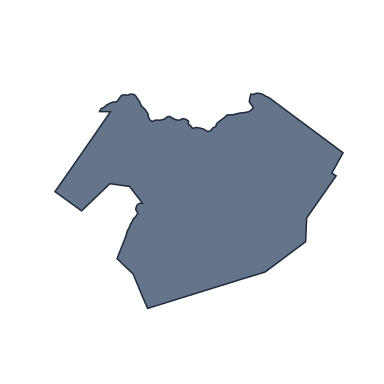 the district of São Félix do Piauí, Piauí, Brazil, rotated 304°
{"feature_id": "56859067B9162951919823", "entity_name": "São Félix do Piauí", "entity_type": "district", "adm_level": 2, "iso_a3": "BRA", "parent_name": "Brazil", "parent_adm1": "Piauí", "projection": "orthographic", "projection_center": [-42.074, -5.922], "detail": "fine", "context": "isolated", "style": "filled", "palette": "slate", "viewbox_px": 384, "rotation_deg": 304, "n_neighbors": 0, "source": "geoboundaries", "source_scale": "gbopen_adm2", "svg_char_len": 1347}
<svg xmlns="http://www.w3.org/2000/svg" viewBox="0 0 384 384"><g transform="rotate(304 192 192)"><path d="M234.6,301.6L286.0,302.5L285.7,297.4L309.0,295.3L313.3,203.1L312.7,199.9L312.5,195.7L311.6,192.9L309.8,190.0L307.2,188.3L306.1,186.0L301.9,187.6L298.8,189.0L297.5,192.6L296.1,195.6L293.6,195.4L290.3,194.2L286.8,190.6L284.4,187.7L281.8,185.2L278.6,182.4L275.5,178.0L271.8,177.2L268.8,176.2L265.2,174.8L262.3,174.2L259.4,175.1L257.0,173.5L252.6,173.0L250.8,170.7L250.7,166.5L249.5,163.0L247.9,159.4L245.1,156.9L246.1,154.0L246.4,150.7L248.8,149.7L248.9,146.2L247.5,143.1L244.3,141.3L242.7,137.8L242.4,133.9L242.1,131.0L240.4,129.3L237.7,128.6L235.0,126.8L233.2,124.7L231.1,121.4L228.1,119.5L228.2,116.8L229.8,114.0L232.1,111.9L234.2,107.1L234.9,102.6L236.2,100.0L237.8,97.6L239.0,94.2L240.4,91.2L240.1,88.4L238.8,86.3L236.2,84.5L234.5,81.0L232.4,79.4L228.9,79.4L224.5,79.1L222.6,76.5L220.1,74.6L216.6,72.6L213.3,71.9L210.3,70.0L207.0,70.4L212.9,79.5L169.0,79.0L115.7,78.2L115.3,89.4L114.6,111.0L153.0,119.3L157.4,128.4L161.7,137.1L155.0,157.2L153.3,154.9L150.7,153.7L148.2,154.2L145.9,155.2L144.2,158.9L140.1,159.1L136.9,158.3L134.2,159.0L131.6,158.8L128.1,159.7L123.2,160.2L118.7,161.8L94.8,167.1L91.1,189.0L76.3,211.4L70.7,220.3L146.4,281.0L166.6,297.4L214.3,314.0L234.6,301.6Z" fill="#64748b" stroke="#1e293b" stroke-width="1.5"/></g></svg>